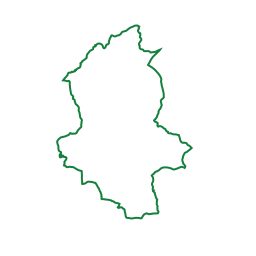 Lolotoe, Bobonaro, East Timor (Natural Earth projection), rotated 52°
{"feature_id": "22284137B16004980931012", "entity_name": "Lolotoe", "entity_type": "district", "adm_level": 2, "iso_a3": "TLS", "parent_name": "East Timor", "parent_adm1": "Bobonaro", "projection": "natural_earth1", "projection_center": [125.249, -9.146], "detail": "fine", "context": "isolated", "style": "outline", "palette": "green", "viewbox_px": 256, "rotation_deg": 52, "n_neighbors": 0, "source": "geoboundaries", "source_scale": "gbopen_adm2", "svg_char_len": 5770}
<svg xmlns="http://www.w3.org/2000/svg" viewBox="0 0 256 256"><g transform="rotate(52 128 128)"><path d="M86.0,54.5L85.5,56.3L84.9,59.3L84.4,60.3L82.5,63.6L80.9,64.0L80.1,64.4L77.5,67.8L77.1,68.0L75.4,68.0L74.0,69.2L73.0,69.6L72.3,69.5L71.3,69.0L70.9,68.6L70.4,68.1L69.3,68.1L68.5,67.6L68.0,66.8L66.8,63.3L66.5,63.1L65.6,62.6L65.1,62.6L64.0,62.8L63.2,62.3L62.6,61.3L61.3,60.2L60.7,60.1L59.8,60.7L58.0,60.5L57.6,60.3L57.0,59.6L56.5,58.3L55.5,57.9L55.0,56.7L54.3,57.0L53.6,57.2L53.0,57.5L51.5,59.7L51.3,61.2L50.6,63.3L50.4,64.5L50.2,66.3L50.3,68.9L50.1,70.2L49.2,72.1L48.8,73.3L48.8,73.8L48.9,74.4L49.3,75.3L49.5,75.9L49.5,76.6L49.4,77.8L48.5,79.7L48.1,81.4L47.6,82.2L47.2,82.5L45.3,83.4L44.9,83.9L44.9,84.4L45.6,85.3L46.1,87.0L47.3,88.6L47.6,89.1L48.3,90.1L49.2,90.6L49.5,91.0L49.7,92.1L49.6,92.4L49.2,93.1L49.1,93.6L49.4,94.3L50.4,96.0L50.6,96.6L50.6,97.6L50.4,97.8L49.7,98.0L47.2,97.3L46.3,97.2L45.2,97.6L44.6,98.0L43.8,98.5L43.1,99.7L42.9,100.3L42.9,102.0L42.5,102.9L43.1,103.3L43.5,103.1L43.6,103.6L43.0,104.9L43.0,105.6L43.1,105.8L43.7,106.2L44.4,107.1L43.8,110.2L44.8,114.7L45.3,115.6L46.8,117.1L47.1,117.2L47.3,117.6L47.4,118.5L47.2,123.3L47.4,123.6L47.6,123.6L47.8,124.1L47.8,124.6L47.7,125.5L48.0,125.9L49.0,126.2L49.2,126.4L49.6,127.1L50.3,127.8L50.6,128.6L50.6,129.6L50.1,130.7L50.1,132.0L50.0,132.8L50.4,133.2L50.3,133.4L50.0,133.6L49.8,134.0L49.9,134.5L50.1,134.9L50.4,135.0L50.1,135.4L50.2,136.0L49.9,137.0L49.5,137.5L49.3,137.4L49.1,137.5L49.0,138.0L49.1,138.7L49.0,139.2L48.2,140.2L47.9,140.9L48.3,142.1L49.2,143.3L49.3,143.8L49.9,147.7L50.5,149.8L52.0,148.3L53.4,147.3L53.9,146.8L54.2,146.0L54.6,145.5L55.4,145.4L56.3,145.9L57.7,147.0L60.6,148.9L65.5,151.6L66.7,152.0L67.4,152.0L68.8,151.7L69.4,151.8L69.8,152.0L70.7,153.3L71.1,153.4L72.2,152.9L72.8,152.8L73.3,153.0L74.9,153.8L76.7,154.4L77.4,154.4L78.5,154.1L80.4,153.9L81.2,154.1L81.8,154.3L82.5,154.8L83.0,155.4L84.1,156.3L85.9,156.7L90.0,159.0L91.4,159.3L92.6,159.2L93.2,159.4L93.9,159.9L94.3,160.6L94.7,161.0L95.4,161.4L96.2,162.5L98.2,164.0L98.4,164.5L98.8,167.8L99.2,169.5L100.1,171.2L100.1,172.5L99.9,173.2L98.8,174.5L98.1,175.7L97.6,176.1L96.7,176.4L96.4,176.9L96.9,178.4L96.6,180.2L96.0,182.5L94.1,186.6L94.1,188.2L94.1,189.6L94.7,191.4L94.9,191.9L95.5,192.5L97.4,193.4L99.6,194.1L101.1,195.3L102.8,196.3L103.8,196.4L104.5,196.2L105.2,195.8L105.8,195.7L106.1,195.8L106.4,196.0L106.9,196.8L107.7,197.0L108.0,197.4L107.0,198.1L107.3,198.6L107.8,198.7L108.1,198.9L108.7,199.5L109.1,199.6L109.6,199.2L110.1,198.0L109.6,196.7L109.6,196.3L110.0,196.1L111.0,196.4L111.4,196.3L112.1,195.4L112.7,195.0L113.4,194.8L114.0,195.2L114.6,195.9L114.8,196.4L115.6,199.1L116.7,199.6L118.1,201.5L118.9,201.0L119.3,200.6L120.5,200.6L121.5,200.0L122.4,198.2L122.9,197.5L124.0,196.6L124.8,195.6L125.4,195.1L130.1,193.3L131.1,192.7L133.4,191.0L137.3,193.7L138.5,194.8L140.5,196.2L141.4,196.8L142.4,197.3L143.4,198.3L144.0,198.5L144.7,197.3L145.2,196.1L145.4,195.2L145.4,193.9L145.5,193.2L145.6,192.8L146.0,192.1L147.6,190.4L148.8,189.2L150.4,188.3L150.9,187.6L151.4,187.5L153.1,187.6L156.4,188.2L157.7,188.2L160.3,189.0L161.3,189.1L163.7,189.9L164.5,190.2L165.0,190.6L165.5,191.1L166.2,191.2L167.4,192.5L168.0,192.3L168.4,191.9L169.3,190.7L170.0,190.2L172.5,187.6L174.8,185.8L175.3,185.6L175.9,185.6L176.3,185.1L177.0,184.6L178.4,184.3L179.3,183.8L181.7,181.8L182.6,181.4L183.8,183.2L184.3,184.9L185.0,184.8L185.4,184.2L186.0,182.5L186.5,182.0L187.1,181.6L188.3,181.6L189.1,181.3L189.5,181.0L190.6,181.1L191.3,181.7L194.0,182.9L196.3,184.2L197.7,184.4L198.1,184.2L199.6,182.6L201.0,181.4L201.6,180.8L202.5,179.2L203.2,177.7L205.1,175.3L207.3,173.3L207.4,172.8L206.1,169.2L206.1,168.3L206.2,167.6L206.5,166.3L206.8,165.8L208.5,164.8L208.9,164.4L209.7,162.9L210.1,162.4L210.4,161.7L211.3,160.2L213.5,157.3L213.5,156.8L212.9,155.7L212.5,155.4L211.3,155.4L210.6,155.1L208.9,154.0L207.8,152.8L206.0,152.4L205.3,152.0L204.8,151.5L204.4,151.0L203.3,150.3L202.9,149.6L202.3,149.0L200.7,149.0L199.5,148.6L198.8,148.2L196.1,147.3L195.9,147.0L195.3,146.7L194.6,146.9L194.1,146.9L193.3,147.2L193.0,146.9L192.9,146.2L192.4,146.6L191.6,146.4L191.1,145.9L189.9,144.6L187.6,144.0L187.0,143.6L186.5,143.1L185.3,140.8L184.0,139.7L182.6,138.9L181.2,138.6L180.4,138.7L180.0,138.5L179.9,137.7L179.9,135.6L179.4,133.5L180.0,131.8L180.3,129.9L180.2,127.0L180.2,126.3L180.6,125.1L181.2,123.9L183.1,121.5L184.5,120.3L186.1,119.1L186.9,118.6L187.6,118.4L188.8,117.6L189.4,116.5L190.2,114.3L191.2,110.5L191.4,109.9L192.1,109.2L192.9,108.7L193.7,108.1L194.3,107.9L194.0,107.1L193.5,106.4L191.3,106.2L190.2,106.5L188.9,105.7L187.8,105.6L187.4,105.4L186.7,104.9L185.9,104.2L185.5,103.5L183.9,101.5L182.8,99.2L182.6,98.4L183.1,96.4L183.1,92.7L183.0,90.6L182.9,90.1L180.2,90.5L179.4,90.7L178.3,91.4L176.2,91.3L175.4,91.6L175.0,91.9L174.5,92.4L173.4,93.9L172.9,94.3L172.2,94.6L171.1,94.6L170.4,94.5L169.5,94.2L168.0,93.5L164.8,92.3L164.4,92.8L162.6,94.1L161.3,95.7L160.3,96.6L159.1,97.2L158.4,97.7L157.7,98.7L156.9,99.3L156.1,99.4L155.6,98.9L154.4,99.5L153.6,99.6L152.7,99.5L151.9,99.2L151.5,99.3L150.4,100.0L149.3,100.1L147.6,100.6L146.4,101.4L146.0,101.9L145.7,102.3L145.6,103.2L145.3,103.4L145.0,103.5L144.1,103.3L143.8,103.0L143.3,102.2L142.1,101.5L140.9,102.2L140.1,102.3L139.8,102.7L139.3,102.9L138.2,102.9L138.0,102.7L137.7,100.3L137.5,99.9L137.3,99.0L137.0,98.2L136.3,97.5L135.2,95.2L134.8,94.6L133.7,93.7L132.9,92.0L132.8,91.2L132.6,90.5L130.9,87.5L130.5,87.2L129.4,86.9L128.8,86.4L127.3,85.8L126.7,85.3L126.2,84.2L126.2,82.1L125.9,81.0L125.4,80.5L122.8,78.7L121.7,78.1L118.5,76.6L115.1,75.2L114.2,74.6L111.8,73.4L111.3,73.0L110.2,71.8L109.6,71.5L108.9,71.3L108.0,71.0L106.6,70.7L104.2,70.6L99.9,70.8L97.8,71.1L94.4,72.0L90.7,73.4L88.3,67.8L87.4,65.2L87.1,63.3L86.3,55.5L86.0,54.5Z" fill="none" stroke="#15803d" stroke-width="2"/></g></svg>